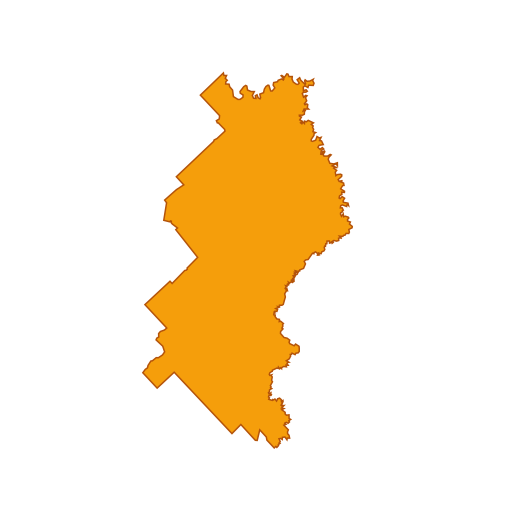 the district of Swan Hill, Victoria, Australia, rotated 47°
{"feature_id": "25037944B58383707208646", "entity_name": "Swan Hill", "entity_type": "district", "adm_level": 2, "iso_a3": "AUS", "parent_name": "Australia", "parent_adm1": "Victoria", "projection": "orthographic", "projection_center": [143.117, -35.101], "detail": "fine", "context": "isolated", "style": "filled", "palette": "amber", "viewbox_px": 512, "rotation_deg": 47, "n_neighbors": 0, "source": "geoboundaries", "source_scale": "gbopen_adm2", "svg_char_len": 6149}
<svg xmlns="http://www.w3.org/2000/svg" viewBox="0 0 512 512"><g transform="rotate(47 256 256)"><path d="M99.9,155.0L100.4,187.0L128.5,186.9L130.7,189.4L130.0,192.7L132.3,193.5L132.9,192.8L142.0,192.6L143.5,193.5L143.5,204.4L142.6,207.5L143.3,208.8L143.7,260.2L154.7,260.3L153.2,269.0L152.8,284.7L156.1,285.1L167.0,299.1L172.0,295.9L172.0,294.7L172.8,294.2L173.6,295.3L175.7,295.4L182.0,294.3L182.0,296.7L217.2,299.6L217.8,314.6L218.8,315.2L218.8,316.7L218.0,318.0L218.9,336.1L215.8,336.1L215.8,370.4L247.8,370.4L247.7,373.5L246.0,377.4L246.3,380.1L248.9,382.4L248.4,384.6L249.2,386.3L258.3,385.7L263.8,388.2L264.6,391.9L263.8,396.8L262.3,398.3L262.0,403.2L261.1,404.5L262.4,409.6L263.8,411.7L263.4,414.3L264.2,418.4L285.2,418.4L285.2,395.1L369.5,394.7L368.9,382.0L390.3,382.2L391.7,380.9L385.7,371.8L395.4,371.9L398.1,373.6L408.8,373.6L408.8,371.3L410.2,371.3L410.0,368.8L409.2,368.4L409.4,366.3L408.5,366.6L408.3,364.9L405.3,363.8L406.2,362.4L408.1,361.9L406.6,360.4L408.1,358.3L411.5,358.7L410.5,357.3L412.1,355.6L409.6,354.1L407.6,354.1L406.1,352.9L405.2,350.9L398.7,351.0L399.5,348.9L398.1,349.3L397.8,348.6L398.4,347.2L400.2,346.6L400.2,344.7L398.8,344.3L399.2,342.1L397.4,342.6L394.7,340.2L393.2,342.3L391.4,342.4L390.2,341.3L386.0,342.0L386.6,339.7L384.6,341.0L384.4,337.6L383.1,339.4L382.1,339.4L382.1,337.6L381.2,337.5L381.1,335.7L380.0,334.8L379.6,336.5L378.2,335.5L376.0,335.7L375.2,337.5L376.1,339.9L373.5,339.7L373.2,341.4L372.4,341.6L372.7,342.6L369.5,344.4L368.9,342.9L367.6,343.0L366.9,341.8L368.2,340.1L367.8,339.2L367.0,339.6L366.2,338.5L365.8,340.5L364.5,340.2L364.4,338.8L363.1,337.3L363.7,334.9L362.2,335.2L361.9,334.2L360.6,333.9L359.2,329.7L357.6,329.4L355.5,326.6L353.8,326.5L353.6,325.6L352.7,327.3L351.6,327.0L350.8,325.4L351.4,322.7L350.7,321.9L352.2,317.2L353.4,316.4L352.6,315.4L354.7,315.6L354.5,314.2L355.8,314.1L355.1,313.4L355.7,311.1L357.8,309.3L356.3,308.5L357.8,307.0L355.8,306.7L355.4,305.6L356.1,304.4L353.3,305.3L353.9,301.9L352.8,298.9L351.4,298.1L352.1,297.1L351.6,295.9L354.8,294.7L354.3,293.1L355.6,291.2L355.3,289.5L353.1,287.4L351.4,286.1L347.4,287.1L347.7,289.3L343.1,291.1L341.6,290.6L340.6,288.7L337.3,289.3L334.7,291.1L329.3,290.9L328.0,289.5L327.7,286.0L326.4,286.2L325.6,284.1L324.3,283.4L324.1,282.0L320.3,282.5L319.8,283.7L318.3,282.1L316.2,283.7L313.2,283.3L312.3,282.2L311.1,283.1L310.1,281.9L310.6,280.9L309.3,280.9L309.2,280.0L310.8,278.5L309.8,276.7L307.9,277.4L309.2,274.1L308.1,274.3L309.1,273.4L308.0,272.4L309.7,270.6L310.0,269.1L306.0,262.5L303.2,260.8L302.2,257.3L302.9,256.7L301.0,255.7L300.9,256.7L300.0,256.0L299.8,257.4L299.0,254.8L298.1,254.6L299.3,254.0L298.1,252.4L299.1,252.0L298.3,251.4L298.8,250.7L297.3,250.1L298.6,249.7L299.2,248.2L297.7,246.5L298.4,245.4L300.2,247.0L300.5,245.5L298.4,243.7L298.3,244.8L297.4,244.5L297.9,242.6L297.3,240.8L296.6,241.0L296.5,242.5L295.7,242.3L297.1,239.2L295.2,239.9L295.4,238.6L294.2,238.8L295.0,237.6L293.6,237.3L295.0,236.4L295.7,237.5L297.0,237.5L296.2,234.7L296.7,234.2L296.0,233.5L297.5,229.7L295.5,225.2L292.8,224.4L292.7,222.4L294.1,220.3L292.5,212.8L293.8,212.1L293.1,211.3L293.6,209.6L296.0,209.3L296.3,208.5L297.2,210.5L297.6,210.2L298.3,209.1L297.4,209.0L297.4,208.0L298.7,206.8L297.8,205.0L298.6,202.8L298.1,201.2L296.4,200.4L295.6,199.1L296.3,198.6L294.6,196.6L295.3,195.8L293.5,193.9L295.1,192.1L296.6,193.1L296.3,193.9L297.0,193.2L297.2,191.2L298.6,191.7L298.7,190.1L297.4,189.9L297.7,188.5L300.1,186.9L301.1,184.9L299.3,183.5L300.2,181.9L301.7,181.4L298.4,181.4L300.9,179.1L300.6,177.9L301.5,176.6L300.9,174.7L302.8,172.8L302.2,171.4L299.9,170.0L300.9,166.5L300.0,165.4L296.4,165.9L295.5,163.8L292.9,165.2L291.7,164.2L291.5,162.2L290.6,162.0L287.8,163.5L287.1,165.1L284.7,163.5L285.3,166.4L282.9,165.6L282.1,164.6L282.7,162.6L281.7,161.9L282.0,160.9L279.5,160.1L278.3,161.5L277.0,159.8L277.5,158.0L281.6,155.9L280.7,154.9L280.9,154.0L282.2,153.9L280.1,152.7L276.2,155.5L275.0,154.6L274.2,151.8L271.3,152.5L271.4,155.4L270.3,155.7L269.0,153.9L269.5,151.1L267.7,149.8L269.8,148.0L269.0,147.1L264.6,148.3L263.6,144.6L264.4,143.5L262.4,142.2L259.4,143.6L259.8,141.3L258.0,144.3L256.1,143.8L256.2,139.1L255.2,137.9L253.9,138.3L251.9,141.0L251.7,142.8L248.7,140.8L248.4,138.6L244.7,139.3L244.7,138.0L247.0,136.3L242.0,138.9L243.1,134.7L245.4,134.8L243.3,132.9L241.8,136.2L238.6,138.8L234.6,137.3L233.5,135.4L233.3,132.1L232.3,132.5L231.8,135.4L229.4,138.1L227.5,137.6L226.7,134.6L225.9,134.3L225.2,136.0L226.9,138.3L225.7,139.2L223.3,136.1L224.0,133.5L222.0,133.5L221.5,136.4L218.7,136.6L218.1,134.4L220.4,130.8L216.5,129.6L214.9,130.8L213.6,127.5L212.8,129.2L210.2,129.9L212.0,133.4L210.7,136.5L209.6,137.1L208.4,136.1L207.3,131.4L206.1,130.0L206.4,128.2L203.9,129.6L202.6,127.4L200.6,127.0L199.9,125.5L197.4,125.8L197.8,123.2L192.4,125.3L192.2,127.6L190.5,128.5L192.1,130.2L190.0,130.3L190.6,132.3L188.9,132.6L188.8,130.3L186.3,131.2L185.4,128.0L183.4,128.9L182.6,128.3L184.7,126.0L185.3,124.0L183.5,122.1L183.2,120.7L182.4,120.9L182.1,122.4L181.3,120.6L184.4,117.3L182.6,117.4L180.6,114.9L179.4,115.1L178.8,117.0L177.7,116.8L177.1,113.1L173.9,111.8L173.6,109.4L172.4,110.1L172.3,112.9L168.7,111.3L168.7,109.5L170.2,107.8L170.5,106.1L168.6,106.0L167.4,108.6L164.7,106.2L164.8,104.3L168.2,103.1L167.0,101.0L170.3,97.8L169.2,95.7L166.4,95.0L165.8,93.6L164.8,97.3L162.9,99.6L160.7,99.9L161.1,101.0L163.9,102.3L164.0,103.1L157.9,103.4L155.4,102.5L155.1,105.7L159.1,106.5L159.1,108.3L158.0,109.3L154.2,110.1L151.2,109.0L149.5,107.1L147.3,109.5L144.8,108.6L143.8,109.2L144.7,113.3L141.5,114.0L141.3,114.7L145.6,114.9L145.9,116.0L144.0,116.5L142.6,119.9L143.2,121.4L141.2,124.8L142.7,126.9L145.9,127.6L146.4,131.6L145.3,132.7L140.0,130.2L139.2,130.7L138.8,133.1L139.6,136.0L141.7,139.1L140.2,142.8L143.4,144.7L143.8,145.9L141.7,146.5L138.8,145.3L138.3,147.2L140.7,148.6L138.9,150.2L136.1,149.2L134.6,145.1L132.4,147.4L128.8,149.0L125.5,146.8L124.2,147.2L123.8,149.5L124.8,155.5L126.2,156.5L129.4,155.6L131.0,157.3L130.6,160.8L129.2,162.4L124.0,163.8L118.7,160.0L114.2,159.8L112.0,158.5L109.5,160.9L107.9,159.1L107.9,157.2L105.1,157.3L103.9,154.4L102.1,156.4L99.9,155.0Z" fill="#f59e0b" stroke="#b45309" stroke-width="1.5"/></g></svg>